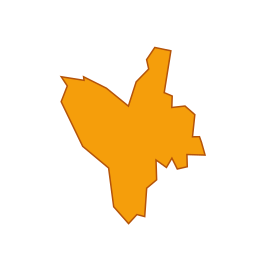 the district of Torit, Eastern Equatoria, South Sudan, rotated 23°
{"feature_id": "79223893B91619257593054", "entity_name": "Torit", "entity_type": "district", "adm_level": 2, "iso_a3": "SSD", "parent_name": "South Sudan", "parent_adm1": "Eastern Equatoria", "projection": "orthographic", "projection_center": [32.622, 4.383], "detail": "fine", "context": "isolated", "style": "filled", "palette": "amber", "viewbox_px": 256, "rotation_deg": 23, "n_neighbors": 0, "source": "geoboundaries", "source_scale": "gbopen_adm2", "svg_char_len": 582}
<svg xmlns="http://www.w3.org/2000/svg" viewBox="0 0 256 256"><g transform="rotate(23 128 128)"><path d="M56.2,129.9L93.5,162.6L125.8,172.4L145.6,206.1L165.9,215.8L170.0,204.2L178.0,203.0L168.7,176.1L174.6,164.5L166.3,146.5L178.8,149.3L180.2,138.6L189.4,146.5L197.7,140.5L192.6,129.4L209.5,122.8L201.4,112.7L197.2,108.1L190.8,110.9L184.3,89.6L171.9,85.5L160.3,92.0L156.2,81.3L147.5,81.3L137.3,40.2L121.2,43.4L118.4,57.8L124.0,65.6L117.5,82.3L119.8,107.7L92.6,99.8L67.1,98.2L68.9,101.3L46.5,106.9L55.7,113.0L56.2,129.9Z" fill="#f59e0b" stroke="#b45309" stroke-width="1.5"/></g></svg>